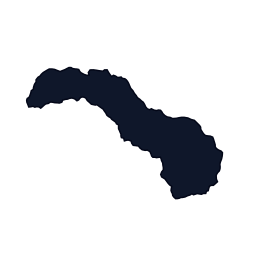 Leoberto Leal, Santa Catarina, Brazil (Robinson projection), rotated 115°
{"feature_id": "56859067B74012880326604", "entity_name": "Leoberto Leal", "entity_type": "district", "adm_level": 2, "iso_a3": "BRA", "parent_name": "Brazil", "parent_adm1": "Santa Catarina", "projection": "robinson", "projection_center": [-49.253, -27.488], "detail": "fine", "context": "isolated", "style": "filled", "palette": "ink", "viewbox_px": 256, "rotation_deg": 115, "n_neighbors": 0, "source": "geoboundaries", "source_scale": "gbopen_adm2", "svg_char_len": 2968}
<svg xmlns="http://www.w3.org/2000/svg" viewBox="0 0 256 256"><g transform="rotate(115 128 128)"><path d="M150.9,226.8L149.8,225.0L148.5,223.3L148.5,221.3L147.2,219.7L146.5,217.5L146.9,215.5L145.0,214.6L143.0,213.8L141.0,212.8L139.3,210.5L137.4,209.5L136.7,207.9L136.0,205.0L135.0,202.6L134.4,200.8L132.6,198.9L130.4,199.0L128.7,197.1L127.3,194.9L125.7,193.4L124.5,191.5L124.1,188.8L124.9,185.8L123.4,184.6L121.6,184.3L119.9,183.5L118.8,181.8L118.6,179.1L120.3,176.5L121.1,173.7L121.9,171.3L121.5,169.4L121.0,167.3L120.0,165.9L120.5,163.6L120.9,161.4L121.4,158.5L122.5,156.8L123.7,154.6L125.4,152.4L125.9,150.2L126.0,148.2L127.0,146.4L127.4,144.1L127.9,141.6L129.1,140.2L129.2,137.8L130.9,137.1L132.7,136.2L134.0,134.6L135.3,133.2L136.6,131.7L138.2,131.0L139.5,129.9L139.0,127.6L141.2,125.8L139.5,123.9L138.7,122.3L138.5,119.6L140.2,118.2L141.5,116.0L140.6,113.3L139.9,110.9L141.1,108.7L141.7,106.0L141.0,103.0L139.9,101.2L140.1,98.2L141.8,96.2L143.4,94.7L144.0,93.1L143.2,91.4L142.8,89.6L141.8,88.1L140.8,86.5L141.8,85.0L143.2,84.0L145.0,81.8L147.0,80.6L149.0,79.2L151.0,78.3L153.6,78.9L156.3,78.7L158.1,76.8L158.5,73.1L159.7,70.8L161.0,68.5L162.0,66.2L162.4,63.7L164.9,63.1L166.4,62.6L167.6,61.5L168.7,60.0L170.3,58.9L171.2,57.3L171.9,55.0L171.1,53.4L170.0,51.9L168.7,50.8L167.9,49.3L166.4,47.2L164.2,45.4L162.5,43.5L160.6,42.3L160.8,40.4L159.5,39.0L158.2,37.6L157.6,35.5L157.0,33.4L155.5,32.1L154.5,29.9L152.2,30.2L150.9,28.8L148.7,29.3L146.3,29.6L144.7,28.2L143.9,26.4L141.7,25.4L138.9,24.2L137.0,26.3L135.5,27.1L133.9,28.0L132.0,28.1L130.3,27.8L128.3,27.1L126.1,27.4L124.3,28.1L121.9,29.5L119.6,29.9L116.6,30.1L114.0,30.7L112.4,31.2L110.4,32.0L109.6,33.8L109.7,36.7L109.2,39.3L108.1,41.1L106.4,41.9L104.9,43.2L103.5,44.5L102.0,45.8L100.5,47.4L100.6,50.0L101.5,52.5L102.1,54.7L101.3,57.2L99.8,59.6L98.5,61.5L96.5,62.6L95.5,64.2L94.4,67.2L93.0,71.1L93.6,74.3L93.6,77.9L94.1,79.7L94.6,81.6L95.8,84.1L97.0,85.9L98.8,88.3L100.6,91.6L100.6,94.2L101.4,97.0L101.2,99.8L100.2,102.6L99.1,104.1L98.2,106.0L98.8,107.9L100.2,109.6L100.8,112.0L100.7,115.0L102.2,116.0L102.5,118.5L101.4,120.9L99.6,123.0L98.2,125.1L97.8,127.2L97.0,129.5L96.5,132.3L95.2,134.2L93.9,136.9L92.1,139.4L90.9,142.3L88.6,144.9L87.3,146.3L86.0,148.1L85.1,149.9L84.7,151.7L85.4,154.0L84.7,155.8L85.8,157.3L86.6,158.9L86.2,161.2L86.4,163.5L88.3,164.5L87.1,167.1L85.6,169.5L84.1,171.5L85.3,173.9L87.1,174.7L87.8,176.8L88.4,178.7L89.0,181.0L89.9,183.9L91.4,186.9L94.5,187.4L96.3,185.7L97.6,187.3L98.0,190.2L97.8,193.8L97.2,195.5L95.8,197.4L96.2,199.2L96.9,201.0L97.5,203.3L97.3,205.2L98.1,207.0L100.1,208.6L101.6,209.7L103.1,211.1L105.5,213.4L105.8,216.8L105.9,219.2L106.6,221.6L107.8,224.3L110.0,225.9L111.8,227.1L113.6,228.3L116.1,229.3L117.9,229.6L120.1,231.0L123.1,231.7L125.3,230.7L126.8,231.1L128.4,231.2L131.0,230.8L133.1,230.2L135.0,231.4L137.5,230.9L140.4,230.6L142.2,230.7L143.8,231.8L145.6,231.6L147.4,230.5L149.0,228.7L150.9,226.8Z" fill="#0f172a" stroke="#020617" stroke-width="1.5"/></g></svg>